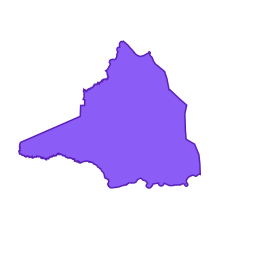 outline of Nanton, Northern, Ghana, rotated 120°
{"feature_id": "2480657B96271436146347", "entity_name": "Nanton", "entity_type": "district", "adm_level": 2, "iso_a3": "GHA", "parent_name": "Ghana", "parent_adm1": "Northern", "projection": "albers", "projection_center": [-0.633, 9.559], "detail": "fine", "context": "isolated", "style": "filled", "palette": "violet", "viewbox_px": 256, "rotation_deg": 120, "n_neighbors": 0, "source": "geoboundaries", "source_scale": "gbopen_adm2", "svg_char_len": 5979}
<svg xmlns="http://www.w3.org/2000/svg" viewBox="0 0 256 256"><g transform="rotate(120 128 128)"><path d="M176.8,146.3L176.7,145.5L177.1,144.7L176.9,144.5L176.4,144.6L176.3,144.0L176.4,143.7L175.9,143.6L175.8,143.4L175.9,142.2L175.8,141.7L175.5,141.4L175.9,140.9L176.0,140.5L175.9,140.3L176.1,140.0L175.9,139.7L176.2,139.4L175.9,137.8L176.1,137.1L176.0,136.5L176.2,135.6L176.5,135.3L176.9,134.4L176.8,133.2L177.3,132.2L177.0,131.7L177.0,131.2L178.4,129.1L178.7,127.8L179.6,125.9L182.0,123.9L182.1,123.5L182.7,123.0L182.7,122.2L182.3,121.6L182.6,121.0L182.4,120.0L182.9,119.3L182.7,118.7L184.0,117.8L184.5,117.7L185.1,117.8L185.9,117.5L186.7,117.6L186.8,117.1L187.5,116.7L187.5,116.2L187.8,116.1L188.2,115.5L188.1,114.6L188.6,113.7L188.5,113.2L187.7,111.8L184.5,107.5L183.2,106.1L180.6,104.0L180.1,103.1L179.1,102.6L178.3,101.0L177.5,101.1L177.2,100.5L176.4,100.6L176.0,100.0L175.3,100.0L175.1,99.9L173.7,97.2L172.1,94.8L170.5,94.0L168.3,94.0L167.1,93.5L165.3,92.1L165.0,91.1L165.5,89.9L165.6,89.0L165.1,86.9L165.1,86.1L165.6,84.3L166.0,83.5L167.5,83.7L168.6,83.5L169.1,83.3L169.5,82.8L169.8,81.7L169.8,80.8L169.6,80.1L169.1,79.2L167.5,78.4L165.6,78.2L164.2,78.5L160.4,74.1L160.9,73.8L161.6,73.2L161.9,72.3L162.0,71.1L161.6,70.2L160.6,69.3L159.5,68.9L157.8,69.0L157.5,67.0L157.2,63.8L157.0,63.0L155.9,61.1L154.8,59.6L154.3,59.5L154.0,59.1L153.1,57.4L152.7,57.0L151.6,54.9L150.9,54.0L149.6,53.4L148.8,52.4L148.4,50.9L149.3,49.9L149.4,49.4L149.3,48.4L148.9,48.0L148.4,47.7L147.8,47.7L147.1,47.9L146.4,48.6L146.2,49.0L146.4,49.9L143.9,51.4L140.9,51.2L140.1,51.0L139.1,50.2L138.5,50.1L137.9,49.4L137.2,49.1L136.3,47.9L136.1,47.2L136.1,46.3L135.9,45.9L136.0,45.4L135.8,45.0L135.3,44.7L132.9,43.7L132.3,43.0L132.1,42.2L123.2,47.8L115.6,53.3L108.7,62.3L108.7,72.0L101.7,76.9L87.2,85.9L78.9,88.6L76.8,99.0L73.9,111.0L74.4,111.5L65.7,119.1L60.8,124.6L58.8,136.5L57.6,139.0L54.8,142.5L54.3,144.6L53.7,145.7L52.2,146.2L51.5,146.6L51.3,147.5L51.6,147.9L51.9,148.0L53.1,147.6L53.9,148.5L55.2,149.3L57.3,150.5L59.7,152.9L60.2,153.9L60.2,155.3L60.5,156.5L60.1,158.7L58.6,162.7L57.5,166.4L56.3,169.6L55.2,175.4L55.7,175.6L56.0,176.2L56.3,176.4L56.3,177.0L57.5,177.6L59.4,177.5L62.3,175.6L62.5,176.3L63.2,176.9L64.2,177.3L65.0,177.1L66.6,176.0L67.2,174.7L69.7,174.5L72.0,173.3L72.7,173.2L74.3,173.3L75.6,173.9L76.1,175.5L77.6,177.1L78.9,177.5L80.5,177.0L81.4,175.2L87.8,175.0L89.5,176.0L90.3,173.8L91.4,173.3L92.2,172.2L92.6,172.2L93.2,171.1L93.8,170.8L93.8,170.6L94.2,170.9L94.5,170.8L94.8,171.0L95.4,170.7L95.4,170.4L95.7,170.1L96.0,170.2L96.1,170.5L96.4,170.7L96.7,170.6L96.9,170.9L97.2,171.3L96.7,171.9L97.5,172.8L97.9,173.0L98.1,173.6L99.2,173.7L99.3,173.5L99.6,173.6L99.9,174.1L99.5,174.1L99.4,174.3L99.9,174.5L100.6,174.5L100.9,173.8L101.3,174.6L102.4,174.9L102.6,175.3L102.9,175.3L102.9,175.0L103.4,175.0L103.5,175.2L103.8,175.1L103.5,175.6L103.5,176.2L103.9,176.0L104.7,176.0L104.9,176.1L104.7,176.5L105.1,176.3L105.6,176.5L105.7,176.9L105.6,177.1L105.9,177.4L106.4,177.3L106.6,177.6L106.5,178.1L106.8,178.8L108.4,179.0L108.7,178.6L109.1,178.8L109.7,178.7L110.4,179.3L110.9,179.0L111.2,179.4L111.7,179.8L111.8,180.1L112.4,180.7L113.0,180.8L113.3,180.4L113.6,180.6L113.7,180.8L114.0,181.1L114.1,181.3L114.5,181.1L114.6,181.4L114.1,181.8L114.4,182.0L114.6,181.9L115.4,182.2L115.5,182.4L116.8,182.0L117.4,182.4L116.7,183.1L116.7,184.1L116.9,184.0L117.3,184.5L116.5,184.7L116.6,184.9L117.3,185.0L117.0,185.4L118.5,184.9L119.4,183.6L120.1,183.2L120.9,183.0L121.8,182.1L122.7,181.6L124.8,181.3L125.8,181.0L125.2,179.5L130.2,176.9L132.1,180.3L141.8,175.2L194.1,213.8L195.6,213.7L198.2,212.7L198.4,211.9L198.6,211.8L199.1,212.0L199.3,211.6L199.8,211.7L199.9,211.3L200.6,211.0L201.3,210.1L201.9,210.4L201.8,210.7L202.1,211.0L202.6,210.6L203.1,210.6L203.3,210.0L204.5,209.2L204.7,208.6L204.2,208.0L204.0,207.4L204.1,207.1L204.5,206.7L204.4,205.5L203.7,204.7L203.6,204.2L204.1,203.9L204.3,203.4L204.0,202.8L204.2,202.3L204.0,201.7L203.8,201.7L203.5,201.4L203.0,201.8L202.6,201.5L202.7,200.9L202.2,200.3L202.5,199.9L202.3,199.7L202.9,198.8L202.4,198.3L202.0,198.3L201.7,198.1L201.6,197.5L201.3,197.2L200.4,196.9L200.5,196.7L201.1,196.6L201.1,196.0L201.7,196.1L201.6,195.4L200.3,194.6L200.0,194.7L199.7,194.6L199.3,193.8L199.2,193.0L198.8,193.1L198.5,192.6L197.8,192.7L198.0,192.3L197.5,191.5L197.8,191.4L197.8,191.2L197.2,191.0L196.7,190.2L196.9,189.9L196.8,189.6L197.0,189.5L196.9,189.1L197.3,188.8L197.2,188.4L197.6,187.9L197.4,187.7L196.7,187.8L196.8,187.3L196.4,187.3L196.0,186.8L196.6,186.5L196.0,186.2L196.5,185.5L196.3,184.8L196.1,184.7L195.9,184.4L196.4,183.6L196.4,182.8L196.2,182.6L195.8,182.7L195.6,183.0L195.3,182.9L195.2,183.1L195.0,182.7L194.5,182.8L194.4,182.1L194.2,181.9L194.4,181.5L194.3,181.3L193.7,181.5L193.1,181.3L192.6,181.6L192.4,181.6L192.5,181.2L192.3,180.6L191.7,180.5L191.3,180.0L190.6,180.0L190.9,179.5L190.9,179.2L189.2,179.0L189.5,178.6L189.4,178.2L188.8,178.1L188.8,177.3L188.2,177.0L188.0,176.5L187.8,176.6L187.6,176.4L187.2,176.7L187.0,176.4L186.7,176.5L186.7,176.2L186.0,176.0L185.8,175.4L185.0,176.0L184.8,176.0L184.9,175.5L184.7,175.4L184.6,174.8L185.1,174.7L184.7,174.2L185.0,173.7L184.3,173.6L184.0,172.9L184.1,172.5L184.4,172.1L184.4,171.6L184.2,171.4L184.3,171.0L184.1,170.8L184.5,170.3L184.2,170.0L184.2,169.7L183.8,169.4L183.8,168.8L183.5,168.6L184.2,168.0L184.3,167.4L184.0,167.3L184.2,166.5L183.9,165.5L184.1,165.0L183.4,164.3L183.1,163.6L182.8,163.7L182.6,163.6L182.7,163.2L183.0,163.0L182.5,162.3L182.3,161.4L182.5,161.0L182.4,160.8L182.7,160.8L182.8,160.6L182.4,160.3L182.4,160.1L182.0,160.1L182.0,159.2L181.6,158.8L181.8,158.7L182.6,158.6L182.7,158.4L182.5,157.9L182.8,157.8L182.9,157.5L183.3,157.4L182.7,156.5L182.8,156.0L182.2,155.5L182.5,155.2L182.0,155.1L182.4,154.6L181.5,154.0L181.6,153.8L181.6,153.5L182.1,153.4L182.3,153.3L181.9,152.8L182.2,152.6L181.9,152.2L182.2,152.0L182.1,151.8L181.5,151.8L181.2,151.0L179.2,149.8L178.4,148.4L177.7,148.0L177.6,147.4L177.1,147.0L176.8,146.3Z" fill="#8b5cf6" stroke="#5b21b6" stroke-width="1.5"/></g></svg>